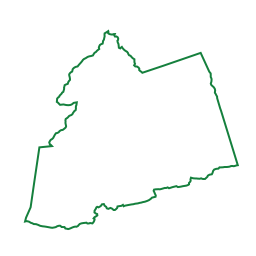 the district of Morpará, Bahia, Brazil, rotated 267°
{"feature_id": "56859067B97769813670820", "entity_name": "Morpará", "entity_type": "district", "adm_level": 2, "iso_a3": "BRA", "parent_name": "Brazil", "parent_adm1": "Bahia", "projection": "robinson", "projection_center": [-43.039, -11.751], "detail": "fine", "context": "isolated", "style": "outline", "palette": "green", "viewbox_px": 256, "rotation_deg": 267, "n_neighbors": 0, "source": "geoboundaries", "source_scale": "gbopen_adm2", "svg_char_len": 4091}
<svg xmlns="http://www.w3.org/2000/svg" viewBox="0 0 256 256"><g transform="rotate(267 128 128)"><path d="M33.4,51.7L33.8,52.9L34.0,54.1L33.9,55.3L32.6,56.5L32.5,57.9L32.4,59.4L30.9,60.2L30.6,61.7L30.2,62.9L30.4,64.0L30.9,65.5L31.5,67.0L32.0,68.5L32.3,70.1L32.1,71.4L32.7,72.8L33.6,73.6L34.7,74.8L35.2,76.5L35.4,78.2L35.5,79.6L35.6,81.6L34.8,82.4L34.7,83.9L35.1,85.1L34.6,87.5L35.9,88.7L37.3,89.5L38.7,89.9L39.5,88.9L40.6,89.8L41.5,91.5L42.3,92.8L43.7,92.7L44.2,91.5L45.4,90.1L47.2,90.3L48.0,90.9L49.3,91.8L50.3,92.2L50.9,93.1L50.3,94.4L51.2,96.2L51.9,97.1L53.1,97.9L53.3,99.9L51.6,100.6L50.4,102.1L48.9,102.6L48.3,104.1L49.1,106.3L48.3,107.9L46.9,109.3L46.8,110.6L47.7,111.9L48.7,113.0L50.2,113.4L50.4,114.8L50.6,117.3L51.5,118.9L50.1,119.6L50.6,120.9L51.0,123.8L51.3,126.0L51.5,127.6L51.6,129.3L52.0,131.1L52.1,132.4L52.2,133.9L52.6,135.6L52.8,137.3L53.2,138.9L53.5,141.0L54.2,143.4L54.9,145.2L56.1,147.1L57.2,148.3L57.5,149.9L57.9,151.9L59.2,152.2L61.1,151.4L62.6,150.9L63.9,150.3L65.1,150.8L65.3,152.4L65.3,153.6L65.3,155.2L65.1,156.6L65.3,157.8L65.7,159.5L66.2,161.6L66.1,163.0L66.6,164.5L65.7,165.8L66.1,167.4L66.5,168.8L66.8,170.2L67.1,171.8L67.4,173.3L66.4,174.7L66.5,176.3L66.7,177.9L67.0,179.6L67.2,181.4L67.4,183.3L67.9,184.9L68.5,186.0L69.9,186.0L71.1,187.3L72.0,187.8L73.4,187.7L75.1,188.3L74.5,190.0L74.2,191.4L74.0,193.9L73.7,195.5L73.6,197.1L73.9,198.4L73.3,199.6L73.1,200.9L73.1,202.3L74.2,203.6L75.1,204.7L76.2,205.2L77.1,206.9L77.4,209.3L78.6,210.0L79.6,210.4L80.6,210.7L82.0,211.9L82.6,213.9L82.7,216.2L83.9,217.3L83.8,219.0L83.8,220.8L84.0,222.4L83.9,224.0L83.9,225.6L84.1,227.5L84.6,228.9L84.6,230.2L84.3,231.7L84.6,233.1L85.0,234.5L85.1,235.7L140.4,221.8L142.7,221.1L147.7,219.9L153.1,218.6L154.7,218.6L156.3,217.8L157.5,217.3L158.7,216.6L160.0,216.8L161.1,217.0L162.6,216.7L164.2,215.8L165.5,214.5L166.7,213.4L168.0,213.0L169.9,213.7L171.9,214.0L173.2,213.9L174.2,213.4L175.2,213.3L176.5,213.4L178.2,213.4L180.0,212.1L199.2,204.5L188.4,166.8L182.4,145.2L183.3,144.4L184.3,143.1L185.3,142.2L186.6,142.4L187.8,141.7L188.9,140.2L189.1,138.5L190.3,137.4L191.7,138.4L193.1,137.9L194.7,137.9L196.3,138.0L197.5,136.3L198.8,135.2L200.0,134.3L200.6,132.9L201.6,132.3L202.9,131.9L204.1,131.1L205.0,129.8L205.9,128.6L206.9,127.7L208.0,126.8L209.3,126.1L208.7,125.2L207.9,124.4L208.6,123.1L210.4,123.0L212.3,122.9L214.1,122.2L215.7,122.0L216.5,122.7L218.0,122.9L219.2,122.4L220.0,121.3L220.0,119.8L221.3,119.1L222.5,119.7L222.5,118.4L222.1,117.1L222.4,115.7L222.8,114.3L223.6,113.2L224.8,113.5L225.8,113.3L224.6,111.3L223.7,109.6L222.1,109.4L220.9,109.5L219.2,109.0L217.6,108.6L216.1,107.6L214.8,107.4L213.6,107.1L213.1,105.5L212.4,104.3L211.4,103.7L210.0,103.1L208.4,103.4L207.4,101.9L206.7,101.0L205.7,100.1L204.8,98.5L203.3,97.4L202.3,96.8L201.8,94.8L201.6,93.1L201.1,91.4L200.1,89.7L199.1,87.5L198.3,86.5L197.2,85.7L196.0,84.6L194.7,83.3L193.5,82.1L192.1,80.9L191.8,79.1L191.2,77.7L190.4,76.6L189.5,75.8L188.3,75.5L187.3,75.2L186.7,74.0L185.8,72.9L184.7,72.1L183.3,72.1L182.2,72.4L180.4,72.6L179.1,72.6L178.1,71.6L177.2,70.9L176.2,70.5L175.2,70.1L174.8,68.6L174.1,67.0L172.6,66.6L171.5,66.2L170.4,66.3L169.0,65.8L167.5,65.3L166.8,64.1L165.8,63.5L164.7,62.3L163.9,61.4L162.9,61.0L162.1,59.8L161.1,58.8L157.8,58.3L156.9,59.5L156.0,60.2L154.7,61.4L154.8,63.1L154.9,64.8L154.3,67.0L154.0,68.5L153.9,69.9L154.0,71.5L154.4,72.9L155.1,74.0L155.9,75.0L156.1,76.4L156.3,78.2L154.7,77.9L153.7,77.7L152.6,77.2L151.4,77.0L150.0,77.0L148.5,76.6L147.7,75.3L146.8,74.6L145.8,73.8L144.7,73.2L143.9,72.1L143.6,71.0L143.0,69.7L141.7,68.5L141.0,67.5L140.3,66.3L139.0,65.9L138.0,66.0L136.3,65.8L134.9,66.0L133.0,66.3L131.8,65.8L130.8,64.6L129.5,62.7L129.4,61.2L128.5,59.5L127.4,58.6L126.8,57.3L126.5,55.7L124.9,54.5L123.4,53.6L122.0,52.8L121.0,51.7L120.2,50.2L119.0,49.3L117.8,48.6L115.8,49.1L115.0,50.2L113.9,51.1L113.3,38.5L79.1,31.6L53.9,26.6L43.8,21.5L40.0,20.3L40.3,22.0L39.7,24.1L38.3,26.2L37.9,27.4L37.0,28.9L36.8,31.1L36.0,33.1L34.9,35.2L34.3,37.6L34.0,39.5L33.6,41.4L32.8,44.7L32.5,45.9L32.3,47.2L32.5,48.8L32.8,50.7L33.4,51.7Z" fill="none" stroke="#15803d" stroke-width="2"/></g></svg>